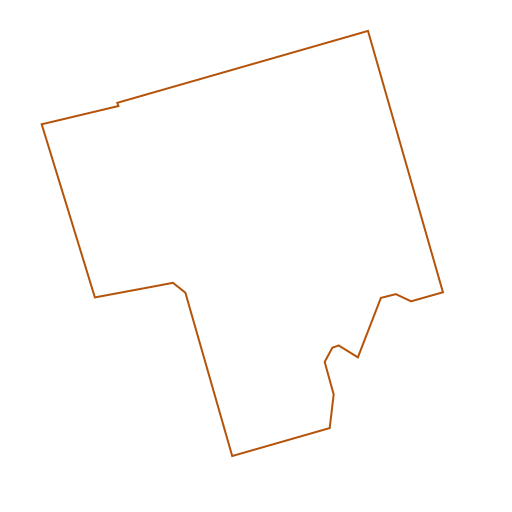 the district of 80, Ar Rayyān, Qatar, rotated 164°
{"feature_id": "91078587B61034229486760", "entity_name": "80", "entity_type": "district", "adm_level": 2, "iso_a3": "QAT", "parent_name": "Qatar", "parent_adm1": "Ar Rayyān", "projection": "natural_earth1", "projection_center": [51.221, 25.39], "detail": "fine", "context": "isolated", "style": "outline", "palette": "amber", "viewbox_px": 512, "rotation_deg": 164, "n_neighbors": 0, "source": "geoboundaries", "source_scale": "gbopen_adm2", "svg_char_len": 436}
<svg xmlns="http://www.w3.org/2000/svg" viewBox="0 0 512 512"><g transform="rotate(164 256 256)"><path d="M334.0,70.3L232.6,70.3L219.5,101.5L219.2,135.2L207.9,146.8L201.2,147.2L186.0,130.5L147.5,181.3L132.1,180.8L119.4,169.7L86.3,169.6L86.3,334.0L86.3,441.5L313.1,441.5L347.1,441.5L346.9,438.1L425.7,441.7L424.1,358.3L422.3,260.6L343.2,253.1L334.0,240.2L334.0,106.3L334.0,70.3Z" fill="none" stroke="#b45309" stroke-width="2"/></g></svg>